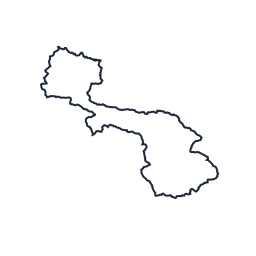 Chachapoyas, Amazonas, Peru (Robinson projection), rotated 116°
{"feature_id": "86281439B12993203122991", "entity_name": "Chachapoyas", "entity_type": "district", "adm_level": 2, "iso_a3": "PER", "parent_name": "Peru", "parent_adm1": "Amazonas", "projection": "robinson", "projection_center": [-77.817, -6.465], "detail": "fine", "context": "isolated", "style": "outline", "palette": "slate", "viewbox_px": 256, "rotation_deg": 116, "n_neighbors": 0, "source": "geoboundaries", "source_scale": "gbopen_adm2", "svg_char_len": 5874}
<svg xmlns="http://www.w3.org/2000/svg" viewBox="0 0 256 256"><g transform="rotate(116 128 128)"><path d="M127.1,225.2L129.3,223.6L130.6,222.1L130.3,219.9L130.3,219.6L131.3,218.7L131.4,218.2L132.5,217.5L134.5,216.8L134.7,215.7L135.9,214.3L134.6,212.9L134.3,212.1L133.5,211.9L133.2,211.4L131.5,207.6L131.9,206.2L130.9,205.6L130.6,204.4L130.1,203.7L130.3,202.2L130.0,201.1L129.0,199.5L128.4,197.6L126.6,194.7L126.1,193.2L127.0,191.9L130.8,191.1L131.4,190.6L131.7,190.0L131.1,188.9L130.8,185.5L130.3,184.8L129.3,184.1L128.9,182.5L129.3,179.3L130.4,175.9L129.7,175.0L129.8,173.6L129.4,172.5L130.2,171.0L129.9,169.5L129.2,167.7L129.7,166.0L130.5,164.6L130.3,163.5L130.5,163.4L131.5,163.7L132.7,164.9L134.4,165.8L135.3,168.0L136.8,169.2L138.3,169.6L139.2,169.4L140.7,168.7L141.3,168.2L141.8,167.1L143.6,166.0L144.1,164.0L144.1,162.7L143.9,162.4L145.1,161.3L144.9,160.9L148.2,157.5L149.0,156.9L149.7,156.8L149.0,156.1L148.2,156.0L147.2,155.3L144.7,155.0L143.7,153.1L143.6,151.4L142.9,150.1L142.0,150.5L141.2,150.2L140.1,150.2L138.6,151.6L137.9,151.5L137.0,150.9L136.1,150.7L135.7,150.0L135.6,148.8L135.6,147.5L136.0,146.5L134.1,146.3L132.7,145.0L132.8,144.3L132.3,142.5L132.8,141.6L132.1,140.3L132.3,137.9L131.8,135.3L132.2,133.7L131.8,131.5L131.2,130.0L131.1,128.7L130.5,128.0L131.4,127.4L131.6,125.8L130.7,124.7L129.3,122.5L129.7,119.4L128.8,116.7L128.2,116.1L128.3,115.7L129.6,112.4L131.8,110.7L132.1,109.9L134.4,108.1L136.4,107.9L135.5,106.3L135.3,105.3L135.7,104.0L136.1,103.5L137.2,102.9L138.0,102.8L138.5,103.1L140.7,103.1L141.3,103.7L142.3,103.7L143.5,102.2L144.2,102.1L145.4,101.2L146.0,100.5L147.4,99.8L147.6,99.1L149.3,98.6L150.2,97.2L150.3,94.0L150.8,92.7L151.3,92.2L153.3,93.9L154.2,94.2L156.2,96.8L156.7,96.6L157.5,96.7L159.8,97.8L160.5,97.1L162.1,96.5L164.6,93.5L165.3,91.9L165.8,89.4L166.3,88.9L166.7,88.0L166.7,87.3L166.3,86.3L166.4,85.4L167.3,84.4L167.7,83.3L168.2,82.8L168.8,81.4L169.4,80.9L170.0,80.8L170.3,79.9L171.2,79.6L171.8,79.0L173.4,76.9L174.4,74.9L176.0,74.4L176.8,73.5L174.9,70.6L173.8,70.0L173.7,68.8L173.5,68.5L172.3,68.5L171.5,67.6L172.2,65.1L171.9,63.5L170.5,61.1L169.9,60.7L169.9,59.0L170.6,58.7L170.1,56.5L170.4,55.4L170.3,55.0L169.8,54.4L167.8,54.2L167.5,53.2L166.9,52.6L165.7,49.9L164.9,49.9L164.4,49.2L164.2,47.9L162.1,47.5L161.5,46.6L161.5,45.3L160.3,43.3L159.8,43.1L158.8,44.2L158.1,43.9L157.4,44.0L156.7,44.8L156.0,44.7L154.9,44.1L154.6,43.7L154.7,43.0L155.4,39.4L155.3,39.0L154.7,38.5L153.1,38.3L151.7,37.8L150.5,38.6L149.0,37.8L147.6,37.8L146.9,37.4L145.9,36.1L143.9,35.4L143.6,34.4L142.5,33.8L142.0,32.6L139.8,33.6L139.3,33.6L137.8,30.3L137.2,29.8L136.5,28.5L134.2,26.8L132.1,26.5L131.6,26.9L130.7,27.1L129.5,26.9L128.9,28.1L127.8,29.0L127.0,29.2L125.2,31.1L124.4,32.6L124.8,34.2L124.7,35.3L124.1,35.6L123.4,36.7L121.7,42.0L122.1,43.1L120.6,42.6L119.0,43.8L119.3,44.4L119.1,45.3L119.1,47.0L118.7,47.9L119.1,49.7L118.8,50.5L118.9,51.8L118.7,53.4L119.1,54.0L119.2,55.3L119.9,56.1L120.7,57.5L120.8,58.6L121.9,60.6L121.9,61.5L121.4,62.0L118.7,62.6L118.0,62.3L117.8,62.5L116.7,62.7L116.4,63.0L115.1,62.6L114.7,62.8L112.9,62.6L112.5,62.3L110.9,61.8L109.8,61.1L109.3,60.1L107.0,57.6L106.0,57.5L105.3,57.8L104.4,57.6L103.7,59.3L103.5,61.1L103.7,62.5L103.3,64.5L102.1,66.1L102.3,67.0L101.9,68.2L102.3,69.3L102.3,70.5L101.4,71.3L101.4,72.2L101.1,72.7L101.9,74.5L101.8,75.6L102.5,76.3L102.6,77.1L102.4,77.4L102.4,78.1L101.9,78.5L101.6,79.5L101.3,79.7L101.1,80.3L100.3,80.9L100.0,83.1L99.8,83.6L99.3,83.8L99.0,85.3L98.5,85.9L97.3,86.0L97.0,86.3L96.4,87.8L96.0,88.0L95.7,89.8L96.0,92.2L95.8,92.8L96.7,93.1L96.7,93.7L96.9,94.1L96.8,94.7L97.1,95.2L96.9,97.0L96.4,97.4L96.7,98.2L96.7,99.3L97.5,100.0L97.6,100.9L98.2,101.7L98.2,102.1L97.4,102.9L97.7,103.3L97.9,104.8L98.3,105.2L98.5,107.0L98.8,107.1L99.4,108.2L99.6,109.3L100.8,108.8L101.9,109.1L102.2,111.2L102.0,111.6L102.1,112.1L103.6,114.4L104.7,115.5L104.9,116.7L105.6,117.1L106.8,116.8L107.3,117.5L107.3,118.4L107.7,118.9L107.2,120.0L106.8,120.3L106.8,120.9L107.4,121.7L107.5,122.3L109.3,124.3L109.6,125.1L109.6,126.4L109.9,127.9L109.6,129.1L109.1,129.8L109.1,130.4L109.7,131.2L109.9,132.8L111.0,134.3L110.9,135.6L111.2,136.5L112.5,138.3L113.4,140.0L114.4,140.9L114.7,142.6L115.3,143.8L115.1,145.7L115.2,146.3L114.9,146.8L114.8,148.1L117.0,153.1L117.0,153.5L118.1,156.9L117.8,157.5L118.0,158.2L117.6,158.7L117.9,159.6L117.6,160.9L118.3,161.4L119.3,162.9L119.6,163.7L119.4,164.4L119.7,165.0L120.4,165.4L120.3,166.6L120.0,167.2L120.5,169.9L120.2,171.0L120.4,172.0L120.2,173.6L119.6,174.6L119.6,175.1L118.1,175.1L116.6,176.2L116.0,176.9L115.7,178.4L115.3,179.0L114.9,179.2L114.7,179.8L114.1,180.2L112.3,179.4L110.4,179.1L109.3,179.4L108.7,179.3L106.9,179.9L105.4,179.9L104.1,180.4L103.6,179.9L103.5,178.2L102.0,176.6L101.6,174.0L100.2,173.0L99.6,171.9L97.3,172.2L96.7,171.8L96.2,172.5L95.7,174.3L93.4,175.3L92.7,176.5L91.6,176.2L90.5,177.2L89.3,177.1L88.3,177.6L85.6,177.9L85.5,179.6L84.2,182.1L81.0,182.7L79.9,182.6L79.6,182.2L79.2,182.4L80.0,184.4L80.7,185.2L80.3,185.9L80.5,186.7L80.9,187.2L81.7,186.9L81.9,187.2L81.9,187.8L81.4,188.0L81.2,188.3L82.0,188.9L81.6,190.1L82.2,191.9L81.7,192.6L82.8,194.8L82.2,196.8L82.5,197.2L83.0,197.1L83.4,197.4L82.9,198.9L83.1,199.5L82.0,200.2L81.6,200.7L81.6,201.2L80.6,201.9L80.5,202.6L81.1,203.2L83.9,203.7L85.5,206.0L85.4,207.1L84.5,208.2L85.5,209.1L84.7,210.9L84.8,211.5L85.6,212.0L85.6,215.1L85.0,215.5L84.7,216.9L83.3,218.8L83.7,219.8L85.0,219.9L85.6,220.5L85.6,221.9L86.2,222.8L85.9,224.6L85.5,225.3L85.6,226.3L85.8,226.4L86.0,225.8L86.8,225.2L88.6,224.9L92.3,227.6L94.7,227.0L96.1,227.5L96.9,228.2L97.5,229.3L98.0,229.5L100.3,228.3L103.1,228.2L103.7,227.4L105.1,226.6L106.3,224.8L107.0,225.1L107.7,225.7L108.9,225.9L110.5,226.8L112.8,227.6L113.4,226.6L114.1,223.8L115.4,223.8L116.3,224.3L118.1,224.5L119.7,225.5L121.2,223.8L122.2,223.3L122.4,222.2L123.6,220.7L124.8,222.5L125.9,224.7L127.1,225.2Z" fill="none" stroke="#1e293b" stroke-width="2"/></g></svg>